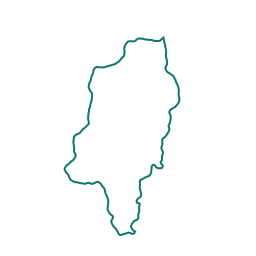 outline of Villa Altagracia, San Cristóbal, Dominican Republic, rotated 31°
{"feature_id": "3306468B65787617435828", "entity_name": "Villa Altagracia", "entity_type": "district", "adm_level": 2, "iso_a3": "DOM", "parent_name": "Dominican Republic", "parent_adm1": "San Cristóbal", "projection": "robinson", "projection_center": [-70.202, 18.655], "detail": "fine", "context": "isolated", "style": "outline", "palette": "teal", "viewbox_px": 256, "rotation_deg": 31, "n_neighbors": 0, "source": "geoboundaries", "source_scale": "gbopen_adm2", "svg_char_len": 5862}
<svg xmlns="http://www.w3.org/2000/svg" viewBox="0 0 256 256"><g transform="rotate(31 128 128)"><path d="M70.1,91.4L69.2,92.6L68.8,93.3L68.7,93.7L68.6,94.5L68.6,95.8L68.7,96.2L68.9,96.9L69.5,98.3L69.8,99.1L69.9,99.9L70.2,102.4L70.3,103.3L70.6,104.0L71.2,105.4L71.4,106.2L71.6,107.0L71.8,109.6L72.0,110.4L72.4,111.5L73.4,113.5L76.1,115.5L77.1,116.0L78.5,116.4L79.1,116.7L79.4,116.9L79.8,117.4L81.1,119.7L81.8,121.5L82.8,123.6L83.0,124.4L83.3,126.1L83.5,126.9L84.2,128.6L84.5,129.4L84.9,131.4L85.1,132.2L86.1,134.3L86.6,135.9L87.5,137.6L88.1,139.0L88.5,139.8L89.2,140.8L91.4,143.3L91.8,143.9L92.1,144.6L92.2,144.9L92.1,145.6L91.6,147.3L91.0,149.7L90.8,150.4L90.1,151.8L89.9,152.6L89.8,153.4L89.5,155.9L89.4,156.8L89.2,157.2L88.8,157.9L87.3,159.9L86.9,160.6L86.7,161.0L86.5,161.8L86.4,163.1L86.5,163.9L86.8,164.7L87.6,166.4L88.3,167.9L88.7,168.6L89.5,169.6L91.1,171.5L91.9,172.5L92.6,173.5L93.2,175.0L93.6,175.6L94.4,176.4L95.0,176.7L96.0,177.2L96.6,177.7L97.1,178.2L97.3,178.6L97.6,179.3L97.8,180.1L97.8,181.4L97.8,182.7L97.6,183.5L97.3,184.3L96.5,186.0L96.3,186.8L95.9,188.9L95.6,189.6L94.8,191.3L94.6,192.2L94.4,193.6L94.5,194.5L94.6,195.3L94.8,195.7L95.0,196.1L95.5,196.6L97.6,197.8L98.3,198.1L100.5,198.7L101.2,199.0L101.9,199.5L103.7,201.1L104.4,201.5L105.2,201.8L106.1,202.0L107.3,202.0L108.6,202.0L109.9,201.8L110.7,201.6L112.6,200.6L113.4,200.4L114.9,200.1L115.6,199.8L117.5,198.9L119.5,198.2L120.1,197.9L120.3,197.6L121.1,196.5L121.6,196.0L122.1,195.5L122.4,195.4L123.5,195.0L126.2,194.4L128.0,192.0L128.9,190.4L129.2,190.2L129.5,190.0L129.8,189.8L130.5,189.6L131.2,189.6L132.0,189.6L133.2,189.8L133.9,190.1L135.5,191.0L136.2,191.2L138.0,191.7L138.8,192.1L139.8,192.9L141.9,195.1L142.9,196.0L143.6,196.5L144.9,197.2L146.0,198.0L146.9,198.9L148.1,200.2L149.0,201.2L149.5,202.0L149.8,202.8L150.3,203.9L151.1,205.6L151.9,207.4L152.3,208.1L152.8,208.6L153.4,209.1L153.7,209.3L154.7,209.8L156.0,210.5L156.7,210.8L157.4,211.0L159.3,211.2L159.9,211.3L160.6,211.6L160.8,211.8L161.0,212.1L161.3,212.8L161.4,213.5L161.5,215.1L161.6,215.9L161.7,216.3L162.1,217.0L162.3,217.3L162.9,217.8L163.5,218.3L166.4,219.8L167.1,220.0L169.0,220.4L169.7,220.7L171.3,221.7L172.7,222.4L174.2,223.3L174.9,223.6L175.6,223.7L176.3,223.7L177.0,223.4L177.3,223.2L177.5,223.0L178.3,221.9L178.7,221.3L179.2,220.8L180.5,219.7L181.4,218.3L181.9,217.8L182.5,217.3L182.8,217.2L183.5,216.9L185.7,216.7L186.3,216.5L186.7,216.4L186.9,216.1L187.1,215.8L187.4,215.1L187.4,214.4L187.4,213.1L185.5,213.1L184.7,213.0L184.3,212.8L183.7,212.5L181.9,211.4L181.4,210.9L181.2,210.6L181.1,210.2L180.9,209.5L180.8,208.2L180.9,206.5L181.1,205.2L181.3,204.4L181.5,204.0L182.0,203.3L182.9,202.1L183.3,201.4L183.4,201.1L183.4,200.7L183.4,200.3L183.3,200.0L182.9,199.3L181.8,197.7L181.4,196.9L181.1,196.2L180.8,194.5L180.6,193.7L180.2,193.0L178.7,190.9L178.3,190.1L178.0,189.4L177.7,188.0L177.4,187.3L177.2,187.1L176.9,186.9L176.6,186.9L176.3,186.8L175.8,187.0L174.8,187.4L174.5,187.4L174.2,187.4L173.7,187.1L173.2,186.5L173.1,186.2L172.8,185.4L172.8,185.0L172.8,184.2L173.0,183.4L173.1,183.0L173.9,181.3L174.1,180.6L174.1,179.8L174.0,179.4L173.9,179.0L173.5,178.3L173.0,177.6L169.7,174.1L168.6,172.7L168.2,172.0L167.3,170.1L165.9,168.2L165.5,167.5L165.4,167.2L165.4,166.8L165.4,166.4L165.7,165.7L167.3,163.4L168.4,161.2L170.5,158.5L170.8,157.8L171.0,157.0L171.1,156.5L171.1,155.7L171.0,154.9L170.9,154.5L170.6,153.7L169.8,152.4L169.2,150.9L168.5,149.6L168.2,149.0L168.1,148.2L168.1,147.8L168.2,147.4L168.3,147.0L168.5,146.8L169.0,146.3L169.3,146.2L169.6,146.1L169.9,146.2L170.2,146.2L171.3,146.8L172.0,147.0L173.2,147.1L173.9,147.1L174.3,147.0L175.3,146.5L177.0,145.4L177.3,145.2L177.5,144.8L177.6,144.5L177.7,143.7L177.5,143.0L177.4,142.7L177.2,142.4L176.9,142.2L176.6,142.0L175.3,141.7L174.7,141.5L174.1,141.1L173.7,140.6L173.5,140.1L173.5,139.8L173.6,138.7L173.6,138.1L173.3,137.4L172.0,135.3L171.6,134.6L171.4,133.8L171.0,132.2L170.8,131.4L170.4,130.8L169.9,130.2L169.3,129.8L168.4,129.3L167.8,128.9L167.0,128.1L166.6,127.4L166.5,127.0L166.0,124.7L165.6,123.9L165.2,123.2L164.0,121.5L163.6,120.8L163.4,120.4L163.3,119.6L163.4,118.8L163.6,118.1L164.1,117.1L164.4,116.4L164.5,115.6L164.6,114.7L164.7,112.9L164.7,110.7L164.6,109.4L164.4,108.6L164.1,107.9L163.7,107.3L163.2,106.8L162.2,106.0L161.9,105.7L161.8,105.4L161.6,105.1L161.5,104.3L161.2,101.9L161.0,101.1L160.7,100.3L160.1,99.0L159.6,97.8L159.3,97.1L158.5,96.0L157.6,95.1L156.7,94.4L155.6,93.6L155.3,93.3L155.2,93.0L154.9,92.3L154.9,91.9L154.9,91.1L155.1,90.3L155.2,89.9L156.1,88.3L156.8,86.8L157.2,86.2L157.6,85.7L158.0,83.5L158.1,82.6L158.2,81.3L158.2,80.0L158.1,79.1L157.9,78.3L157.8,77.9L157.4,77.1L156.9,76.5L154.7,73.9L154.0,72.9L153.5,72.2L152.9,70.7L152.7,70.4L152.0,69.3L151.2,68.4L149.8,66.8L149.2,66.3L148.5,65.8L146.5,64.6L145.9,64.2L144.2,62.6L143.6,62.1L143.0,61.8L142.0,61.3L140.4,60.3L139.7,60.0L138.5,59.9L137.3,59.8L134.1,59.8L133.3,59.7L132.5,59.6L132.1,59.5L131.5,59.2L130.0,58.2L129.5,57.8L129.2,57.5L129.1,57.2L128.9,56.5L128.7,54.0L128.5,53.2L128.2,52.4L127.8,51.7L127.1,50.7L124.2,47.6L123.2,46.4L122.6,45.3L122.1,44.2L121.7,43.5L121.3,42.8L120.8,42.1L119.4,40.5L114.5,35.2L111.8,32.3L111.4,33.8L110.7,36.0L110.6,36.3L110.2,37.0L109.7,37.5L109.4,37.8L108.7,38.2L107.7,38.6L106.5,39.4L105.8,39.7L105.1,39.9L103.6,40.2L102.8,40.4L100.9,41.5L99.5,42.1L98.3,42.8L97.6,43.1L96.9,43.3L95.4,43.6L94.7,43.9L91.4,45.6L90.8,46.0L90.4,46.6L90.2,46.9L89.9,47.6L89.4,49.4L89.1,50.0L88.9,50.3L86.6,51.8L84.9,52.6L84.3,53.1L83.8,53.6L83.4,54.3L83.3,54.7L83.2,55.1L83.0,56.0L83.0,57.0L83.0,58.4L83.1,59.3L83.2,60.2L83.5,61.1L83.8,61.7L84.3,62.4L85.7,64.3L86.1,64.9L87.1,67.4L87.3,68.0L87.3,68.4L87.3,68.7L87.1,69.4L86.8,70.3L86.6,71.1L86.3,74.1L86.1,75.3L85.8,76.0L85.1,77.4L84.5,78.9L83.9,79.9L82.6,81.4L76.6,87.9L75.8,88.7L74.8,89.3L73.5,90.0L72.2,90.7L71.6,91.0L71.0,91.2L70.1,91.4Z" fill="none" stroke="#0f766e" stroke-width="2"/></g></svg>